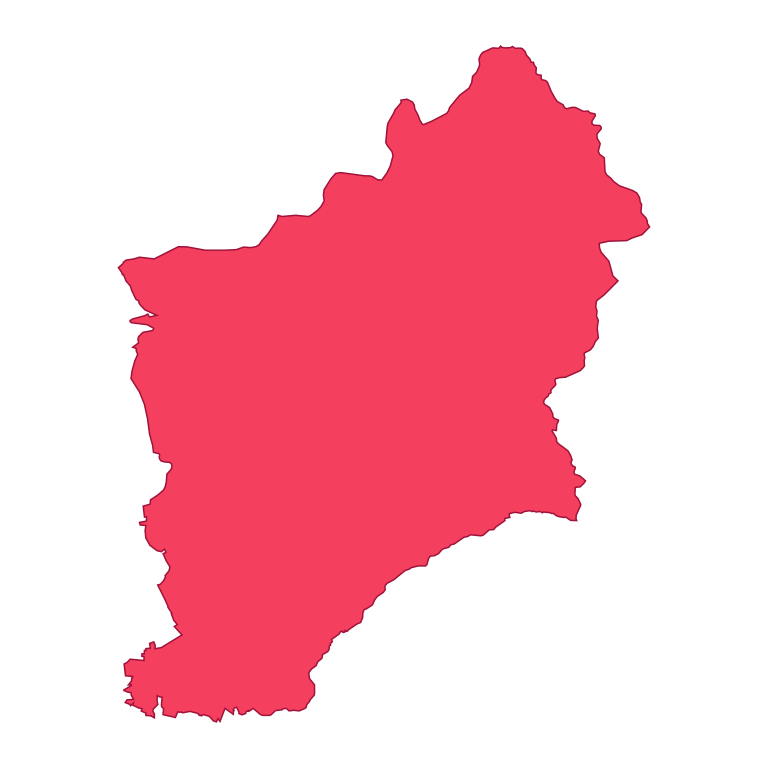 Pucheni, Dâmbovita, Romania (Natural Earth projection)
{"feature_id": "2599482B36978763272246", "entity_name": "Pucheni", "entity_type": "district", "adm_level": 2, "iso_a3": "ROU", "parent_name": "Romania", "parent_adm1": "Dâmbovita", "projection": "natural_earth1", "projection_center": [25.287, 45.196], "detail": "fine", "context": "isolated", "style": "filled", "palette": "rose", "viewbox_px": 768, "rotation_deg": 0, "n_neighbors": 0, "source": "geoboundaries", "source_scale": "gbopen_adm2", "svg_char_len": 6095}
<svg xmlns="http://www.w3.org/2000/svg" viewBox="0 0 768 768"><path d="M470.6,534.8L480.7,535.8L483.0,535.3L489.2,529.9L493.8,529.6L495.5,527.3L504.9,520.6L504.6,518.5L509.9,517.4L509.3,515.9L509.5,513.6L514.7,512.3L521.3,513.2L524.4,511.5L530.1,510.7L532.1,511.6L533.2,511.1L536.3,512.0L540.0,511.5L542.5,512.8L543.2,512.0L550.1,512.7L551.6,513.5L553.3,513.4L556.5,515.8L559.2,516.7L564.0,517.5L565.5,517.0L570.7,520.4L576.7,520.6L576.0,518.7L576.3,515.0L580.5,505.7L580.7,504.3L578.0,498.6L575.3,495.7L574.9,494.3L575.3,487.4L580.3,486.8L584.3,482.8L585.5,480.8L579.8,475.9L574.5,474.1L574.0,471.9L575.3,468.2L575.1,467.0L572.5,465.8L571.1,463.6L571.1,462.1L572.1,459.9L570.5,455.2L567.9,450.8L558.5,443.8L556.8,441.9L556.3,438.1L552.2,431.1L552.4,429.9L556.4,430.5L556.7,424.6L558.4,421.2L558.4,420.0L554.9,418.8L552.9,416.9L552.7,413.8L549.7,407.7L544.3,404.1L543.6,402.2L544.2,399.9L546.0,397.7L548.0,396.3L548.8,394.2L551.0,392.7L550.9,389.9L555.6,385.0L555.8,384.0L554.9,380.4L555.5,378.9L559.6,377.6L565.5,377.2L580.2,370.6L582.9,368.0L584.5,365.9L584.2,360.6L584.8,357.9L584.1,353.9L584.5,352.9L590.2,350.0L593.0,346.7L595.3,341.7L598.4,337.9L597.2,328.4L598.3,320.4L596.5,316.2L597.0,311.0L595.7,306.8L596.4,301.6L596.9,300.5L604.0,295.0L618.0,280.9L612.9,275.9L608.9,261.2L601.1,252.2L599.6,248.1L599.2,243.3L608.9,241.2L626.8,240.6L632.1,238.0L642.1,234.6L649.6,226.9L647.5,223.7L647.1,220.5L645.9,217.9L641.3,213.0L641.0,210.8L641.6,204.5L640.2,202.0L639.5,197.5L636.8,193.0L632.8,190.6L619.2,185.7L613.6,181.5L611.0,178.4L606.5,174.7L605.0,171.4L604.3,157.8L599.6,154.3L598.3,151.2L600.2,143.7L597.2,138.2L596.9,135.2L597.3,133.5L601.2,128.9L601.1,127.0L599.7,125.5L593.9,125.2L591.8,123.4L592.1,121.0L595.3,115.8L595.0,113.9L589.9,112.8L588.1,111.0L583.5,111.4L575.5,107.5L572.2,107.3L566.5,108.8L564.5,107.6L563.1,104.8L557.5,101.6L555.3,98.8L551.2,91.4L547.5,82.3L545.7,80.6L541.9,79.7L541.2,78.7L541.1,75.1L538.1,74.9L535.9,73.3L536.3,67.8L534.0,64.7L533.5,62.3L531.2,62.3L529.9,59.0L526.2,54.8L525.3,51.8L522.4,48.7L520.4,48.1L515.1,48.3L512.5,46.5L510.3,47.7L504.6,47.9L501.8,47.3L500.6,46.1L498.8,48.3L492.7,47.9L482.6,52.5L480.7,54.9L479.0,58.7L479.6,64.3L479.1,66.9L476.5,72.4L472.6,76.3L471.7,82.7L469.0,88.2L459.6,95.3L449.6,107.5L448.5,111.0L446.5,113.5L431.1,121.5L423.7,124.5L422.4,124.3L420.2,120.8L417.8,114.6L414.9,109.3L414.2,104.9L412.5,102.0L406.9,99.2L400.9,100.2L401.2,102.1L400.8,103.1L395.1,109.8L393.4,113.7L388.0,123.1L387.2,126.8L385.8,142.6L387.3,145.5L392.0,151.6L393.0,155.6L390.4,165.8L388.7,169.4L386.8,173.1L381.8,180.1L377.4,179.7L372.5,176.6L369.6,175.9L364.5,175.8L340.8,172.6L335.6,173.4L330.7,179.1L324.1,189.7L323.4,195.1L324.2,200.8L320.9,206.7L317.4,210.4L310.5,215.7L308.3,216.5L295.5,215.3L282.0,216.5L278.0,215.3L277.2,220.1L267.7,234.2L261.6,241.0L259.1,244.8L255.8,246.7L250.6,247.6L243.6,247.1L236.1,249.7L224.7,250.2L205.2,250.2L187.1,246.9L178.4,246.7L154.1,258.9L139.5,257.2L133.5,259.0L126.1,260.1L123.4,262.2L122.9,263.7L118.4,267.6L121.7,272.5L122.5,274.7L123.4,274.5L126.1,281.1L130.4,286.1L131.6,290.2L135.8,299.1L138.7,301.0L139.1,303.4L141.3,306.1L144.8,309.8L156.8,315.3L149.5,317.0L147.8,314.1L144.7,315.7L132.5,319.0L130.0,320.6L130.1,321.6L131.4,322.7L147.2,324.7L153.8,328.3L152.7,330.5L142.8,332.4L138.6,336.6L137.9,339.1L138.6,342.9L132.7,347.2L136.2,348.5L136.3,351.2L137.4,353.3L137.5,354.9L134.8,360.9L132.1,370.8L131.0,378.6L139.4,391.8L144.3,403.9L147.5,418.5L149.5,433.7L152.7,445.7L153.5,452.4L159.1,453.7L159.7,454.8L159.2,456.9L159.5,458.7L160.9,460.8L164.2,461.9L169.8,462.4L171.5,464.0L172.0,466.4L171.0,469.5L166.9,474.1L166.3,482.0L165.3,486.4L163.7,489.9L157.6,495.2L150.5,499.8L150.1,504.2L143.2,506.1L144.5,517.1L146.5,516.7L146.4,521.1L139.5,522.4L140.2,525.0L145.9,525.5L145.1,530.6L145.8,538.0L150.0,545.4L157.1,550.7L161.3,551.7L164.5,549.2L166.0,552.4L163.1,553.6L166.2,560.8L169.9,566.8L169.1,570.7L165.1,575.6L165.4,577.1L163.3,581.1L160.3,584.3L157.7,585.0L165.3,600.2L167.8,605.8L168.0,607.4L171.9,613.3L171.3,613.7L173.7,620.2L177.3,624.6L174.3,626.5L182.0,634.9L161.3,647.6L155.1,648.7L155.2,645.2L153.8,641.9L149.6,643.4L150.3,648.2L145.9,648.6L145.8,650.3L144.4,650.4L144.2,653.9L142.0,653.7L141.8,656.3L144.0,656.6L144.0,660.5L130.1,659.2L127.1,662.4L124.1,664.0L125.5,675.8L132.7,676.5L132.7,677.4L131.8,678.0L131.6,680.7L128.4,684.9L131.1,684.6L131.2,685.6L123.9,689.9L123.9,690.5L127.7,692.1L131.1,692.7L131.2,695.0L133.6,699.4L127.0,699.8L125.2,702.6L129.5,704.2L130.6,705.7L133.4,703.1L133.0,705.3L139.2,708.2L142.2,708.6L141.2,711.0L146.1,713.2L145.7,714.7L146.0,715.5L150.6,715.8L154.4,717.8L154.4,714.0L152.8,711.1L153.3,709.1L157.8,704.4L157.1,700.9L157.2,695.6L160.0,697.0L162.1,697.2L161.4,705.3L161.9,707.1L163.6,708.6L163.0,714.6L175.4,717.5L177.8,711.7L179.5,712.3L181.2,712.0L182.5,712.8L190.1,711.4L197.8,713.4L199.2,715.3L199.7,714.8L201.4,715.9L203.4,714.6L209.3,716.3L213.4,720.9L216.4,721.9L218.0,718.6L220.0,721.5L225.0,708.4L233.3,714.3L233.5,711.0L234.1,710.5L233.2,709.7L234.3,708.1L236.6,707.3L239.1,712.4L238.9,713.6L242.0,714.8L245.7,713.5L245.8,712.1L246.8,711.3L248.7,711.3L248.6,710.5L249.9,710.7L253.2,708.4L260.2,714.4L262.7,715.4L269.5,715.4L271.2,714.7L275.5,710.6L282.1,709.8L282.5,709.0L286.2,708.3L289.1,710.9L293.8,710.3L299.2,710.9L304.6,708.6L306.0,707.6L306.9,704.4L309.5,701.5L310.3,699.6L314.2,695.2L314.6,692.8L314.5,684.8L309.5,678.6L308.7,672.9L311.5,669.0L316.1,665.6L317.8,661.7L321.9,658.4L322.6,654.5L327.7,651.7L329.0,649.6L329.4,645.9L330.5,645.2L330.4,643.7L332.4,641.6L331.5,639.5L339.1,634.0L340.5,631.6L342.5,631.2L342.4,632.0L343.7,632.5L344.7,632.1L345.1,630.4L346.4,631.4L347.5,631.1L348.2,630.0L356.8,624.1L360.6,622.5L362.6,617.7L362.8,613.2L364.1,609.6L366.3,608.9L372.4,604.9L374.8,599.7L377.3,596.4L383.3,592.4L385.2,589.8L384.9,586.0L387.1,583.3L393.7,579.8L405.0,570.6L409.6,569.0L410.8,567.8L418.4,565.9L425.6,565.9L426.8,564.8L428.6,558.5L430.3,556.1L434.4,555.7L438.3,553.8L442.5,549.1L448.9,547.2L450.8,544.7L454.2,544.0L464.0,537.2L467.4,536.6L470.6,534.8Z" fill="#f43f5e" stroke="#9f1239" stroke-width="1.5"/></svg>